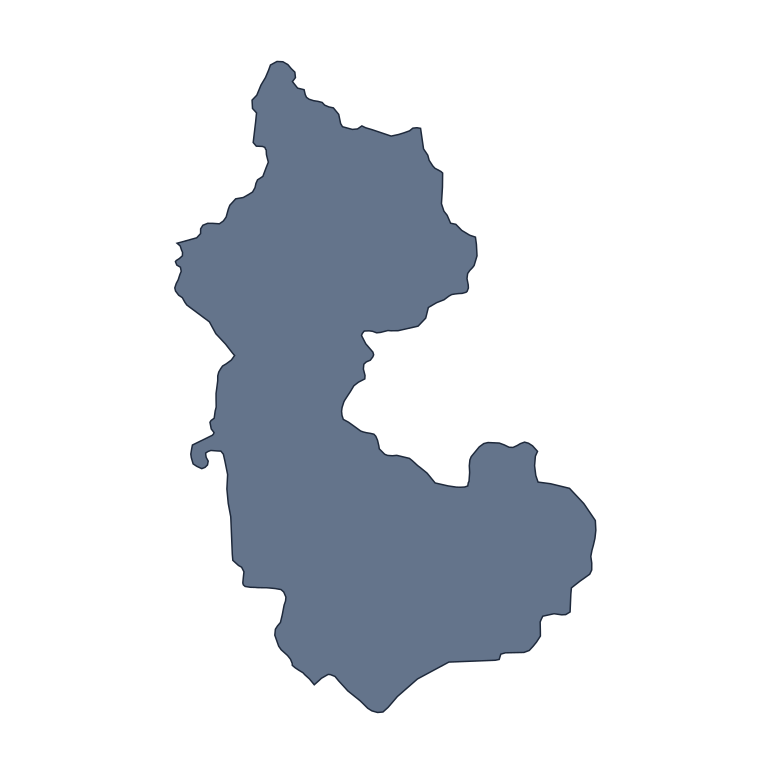 the district of Bozoum, Ouham-Pendé, Central African Republic, rotated 267°
{"feature_id": "33826404B23266852289650", "entity_name": "Bozoum", "entity_type": "district", "adm_level": 2, "iso_a3": "CAF", "parent_name": "Central African Republic", "parent_adm1": "Ouham-Pendé", "projection": "albers", "projection_center": [16.413, 6.229], "detail": "fine", "context": "isolated", "style": "filled", "palette": "slate", "viewbox_px": 768, "rotation_deg": 267, "n_neighbors": 0, "source": "geoboundaries", "source_scale": "gbopen_adm2", "svg_char_len": 4398}
<svg xmlns="http://www.w3.org/2000/svg" viewBox="0 0 768 768"><g transform="rotate(267 384 384)"><path d="M146.6,557.9L164.5,559.6L170.6,560.5L176.8,569.3L183.3,579.5L187.4,581.7L194.3,582.1L201.0,581.5L207.1,583.0L212.2,584.7L218.9,586.6L226.9,587.9L236.6,587.9L254.1,577.3L270.1,563.8L275.7,545.1L278.0,532.7L284.7,530.8L294.5,530.1L304.0,531.4L308.7,533.8L314.5,529.1L317.3,525.2L318.6,521.3L317.3,517.0L315.6,513.8L313.9,509.5L314.3,505.6L316.9,500.9L319.0,496.0L320.1,484.8L319.3,480.5L316.2,475.8L306.9,467.3L303.7,465.8L297.9,464.9L293.4,464.9L291.2,464.9L282.3,463.8L281.0,463.0L277.8,462.3L276.9,459.1L276.9,455.0L277.2,451.0L278.9,442.6L282.5,429.9L284.1,428.7L292.7,422.4L298.5,416.0L300.7,413.4L305.9,408.3L308.4,405.5L312.1,393.0L311.9,388.7L312.5,383.8L313.8,381.0L316.7,378.4L319.5,375.9L322.5,375.6L328.1,374.6L332.2,373.1L334.4,371.3L335.4,367.9L336.3,363.8L337.2,360.8L338.3,358.2L342.3,353.3L345.2,349.7L347.8,346.4L350.8,341.5L354.9,340.4L359.0,340.2L362.7,340.9L368.3,343.0L369.8,343.9L374.5,347.3L378.0,349.9L383.8,353.8L387.1,358.5L390.1,365.1L393.5,365.5L400.0,364.2L404.8,364.9L407.0,367.5L408.5,371.6L411.7,374.3L413.7,375.2L416.4,374.6L420.3,371.6L425.1,367.9L433.5,364.1L435.5,364.9L437.9,367.0L437.9,369.0L437.9,371.8L437.2,375.4L435.5,379.3L435.7,383.2L436.3,386.2L437.2,390.7L436.8,393.7L436.5,400.9L440.0,421.1L447.6,429.1L458.1,432.3L462.5,440.9L465.0,448.4L468.3,453.3L469.8,456.3L470.2,459.7L470.4,463.2L470.4,466.8L471.3,470.7L472.1,471.8L475.4,473.3L478.6,473.3L484.9,472.4L489.9,473.3L492.9,475.6L495.7,478.6L497.6,480.2L507.1,483.6L518.6,483.6L525.9,483.0L528.1,477.4L533.3,469.7L539.7,464.1L541.1,458.9L549.2,455.9L553.4,452.9L561.1,450.8L577.6,452.7L591.6,453.6L593.3,451.9L596.8,446.1L599.4,444.0L605.0,440.8L610.2,439.7L616.7,435.8L637.4,433.9L638.2,430.3L638.0,426.2L635.5,422.8L633.7,416.8L632.4,411.6L631.2,404.1L638.5,385.7L640.9,379.0L642.9,375.4L640.1,370.9L639.9,365.7L643.1,356.0L646.4,354.3L655.6,352.9L662.4,347.9L663.6,343.4L665.6,339.3L668.4,337.0L669.7,332.9L670.6,328.6L672.3,324.1L674.3,321.6L677.1,320.5L682.1,319.6L684.0,313.2L690.8,308.4L694.6,311.6L700.1,311.3L703.9,307.8L707.9,304.8L711.1,299.9L711.7,294.0L708.5,287.3L703.5,285.2L696.3,281.7L689.0,276.8L679.1,272.1L674.4,267.1L666.0,267.1L661.4,270.9L652.3,269.5L632.0,266.0L628.2,268.9L627.6,275.1L626.5,277.4L624.7,278.0L623.9,278.6L619.2,278.6L616.0,279.2L611.6,280.1L606.4,277.7L597.7,273.9L594.5,268.4L591.0,266.6L586.9,265.5L582.6,262.8L580.5,259.0L577.6,253.2L576.7,245.6L570.6,239.4L566.8,237.7L559.0,235.1L555.2,232.1L552.6,228.0L553.4,221.3L553.7,216.3L552.0,211.4L548.5,209.0L543.8,208.7L539.8,204.6L535.4,184.7L532.5,187.7L528.4,188.8L526.1,189.7L522.6,189.4L520.0,186.2L518.2,183.0L517.1,182.1L513.6,183.3L511.3,186.8L507.2,187.4L504.0,185.9L498.8,183.9L495.3,181.8L490.9,180.1L487.7,180.7L483.4,183.6L480.8,187.1L476.1,189.4L473.2,191.2L455.2,212.9L443.0,218.7L432.2,227.8L422.6,234.5L420.3,236.3L415.9,232.8L412.4,227.5L410.4,223.7L407.8,221.7L404.6,219.6L400.8,218.4L395.9,218.1L391.5,217.3L383.4,215.8L377.6,215.5L369.7,215.2L365.9,214.0L358.7,212.6L356.6,209.4L354.9,208.2L348.2,209.1L344.4,211.7L343.0,211.1L341.8,209.9L333.1,189.5L329.6,188.6L324.1,187.4L320.6,187.7L314.2,189.2L311.6,192.7L309.0,197.6L310.1,200.9L312.4,203.5L316.2,204.4L320.0,202.6L322.6,202.3L324.4,202.3L325.8,204.7L326.7,207.6L325.8,214.6L325.5,217.6L322.3,219.9L315.3,221.1L301.7,223.1L287.4,221.6L272.9,222.2L259.5,224.0L256.6,224.0L221.7,223.6L215.8,223.8L210.4,229.2L208.5,232.2L203.8,234.3L198.8,233.5L194.2,232.8L192.7,232.6L190.8,233.0L189.1,234.7L188.0,239.9L187.6,244.8L187.3,246.8L186.9,252.4L186.7,256.0L186.1,260.3L185.4,264.8L184.1,270.4L181.5,273.0L176.3,274.9L172.4,274.3L168.5,272.7L160.8,270.8L158.4,270.2L154.7,269.1L151.3,268.1L148.0,265.0L144.8,262.7L138.9,261.8L127.7,265.1L124.0,267.4L118.0,273.4L114.1,276.2L109.8,277.7L107.8,277.7L105.2,280.5L102.6,284.0L99.8,288.1L97.9,289.6L93.4,294.1L87.3,298.6L91.2,303.5L93.4,306.1L96.9,313.0L96.6,315.3L94.5,319.8L90.0,323.1L85.4,326.9L79.4,331.8L68.8,343.7L61.0,350.8L58.2,354.8L56.3,360.4L56.5,365.8L60.8,371.1L65.6,375.7L71.2,381.0L87.7,402.0L102.9,434.2L102.3,480.7L102.9,484.6L108.1,486.5L109.2,491.2L108.6,509.7L110.3,515.1L114.4,519.3L118.3,522.8L124.1,527.0L128.6,527.2L138.2,527.5L140.7,528.7L143.8,530.4L145.7,541.8L144.2,549.3L144.2,553.4L146.6,557.9Z" fill="#64748b" stroke="#1e293b" stroke-width="1.5"/></g></svg>